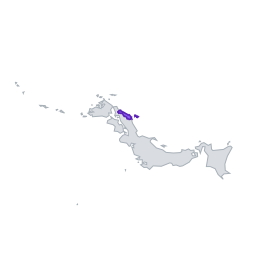 Shimane highlighted on a map of Japan, rotated 72°
{"feature_id": "JPN-1824", "entity_name": "Shimane", "entity_type": "Prefecture", "adm_level": 1, "iso_a3": "JPN", "parent_name": "Japan", "parent_adm1": "", "projection": "natural_earth1", "projection_center": [132.68, 35.321], "detail": "fine", "context": "in_parent", "style": "filled", "palette": "violet", "viewbox_px": 256, "rotation_deg": 72, "n_neighbors": 0, "source": "natural_earth", "source_scale": "10m", "svg_char_len": 6227}
<svg xmlns="http://www.w3.org/2000/svg" viewBox="0 0 256 256"><g transform="rotate(72 128 128)"><path d="M173.1,69.7L176.7,70.6L176.8,76.5L179.4,80.3L180.9,87.8L180.5,90.6L178.1,93.6L177.6,96.8L175.1,97.3L174.1,99.0L174.7,108.1L171.8,115.8L174.1,120.3L171.2,122.2L170.5,125.0L166.9,127.4L166.7,124.0L168.6,121.5L166.7,120.9L165.4,123.0L165.7,125.3L162.6,124.2L161.5,128.1L159.8,130.0L159.5,126.9L160.2,126.4L158.9,125.5L155.2,130.2L147.2,130.3L148.7,128.6L146.4,128.1L145.8,129.0L145.3,126.2L143.4,129.5L145.9,131.6L145.7,132.6L142.0,133.9L139.1,139.3L137.5,139.9L135.8,139.4L133.4,135.4L133.2,132.9L135.4,130.0L130.6,128.7L119.2,132.8L113.3,132.6L112.1,136.8L109.2,135.0L103.3,135.6L104.0,132.0L106.5,131.8L117.7,122.1L125.2,122.2L133.6,120.1L134.7,122.0L138.8,121.3L140.2,119.9L139.9,116.8L144.3,111.3L145.3,105.7L148.6,104.5L145.7,108.0L146.6,110.5L148.2,111.2L155.7,107.2L159.6,101.7L162.9,99.4L165.8,92.6L167.5,86.1L167.0,84.1L165.2,83.5L167.0,80.5L166.6,76.9L168.7,75.4L169.4,72.1L171.1,72.4L172.0,75.6L174.5,75.1L175.3,72.3L172.3,72.9L172.2,71.9L173.1,69.7ZM192.2,47.0L198.3,48.6L202.6,45.2L201.3,50.9L202.9,54.1L206.2,53.3L200.1,56.7L193.6,57.7L190.1,61.7L188.9,65.4L179.1,60.3L173.2,62.4L169.7,60.5L168.7,62.8L174.5,67.1L171.1,67.0L168.5,70.1L166.9,69.9L167.3,66.1L165.3,63.0L165.4,60.3L169.3,57.1L168.9,54.0L174.0,55.1L175.6,54.3L177.9,43.8L176.5,38.0L177.0,35.9L178.8,35.0L185.5,42.2L192.2,47.0ZM105.2,138.9L108.9,138.9L107.7,141.8L110.3,142.0L111.1,145.3L108.6,148.9L106.3,158.3L104.3,158.0L104.5,159.6L101.5,161.7L102.2,155.6L100.6,156.9L100.8,160.3L97.7,158.2L98.9,156.5L98.1,152.2L101.3,147.6L100.3,147.2L100.6,145.7L98.4,142.7L97.6,143.3L98.0,145.5L99.1,145.5L99.1,146.9L97.1,146.2L95.0,148.0L94.4,143.7L96.7,145.5L93.7,142.2L101.9,136.1L103.6,136.6L105.2,138.9ZM125.0,132.4L129.9,133.4L130.6,137.0L128.1,138.9L126.7,142.1L122.7,139.7L120.3,141.1L116.8,146.4L114.6,145.0L114.0,140.4L111.3,141.2L115.7,138.2L117.7,134.6L119.6,136.0L122.4,135.3L122.5,133.3L125.0,132.4ZM83.6,200.1L80.7,202.0L80.3,204.5L79.1,205.0L81.1,199.8L82.4,200.0L83.6,198.1L83.6,200.1ZM157.4,99.7L155.0,101.8L155.1,99.6L156.8,97.5L156.5,99.6L157.4,99.7ZM94.2,183.7L91.8,187.1L90.4,186.1L94.2,183.7ZM97.3,151.0L96.4,150.9L96.8,148.4L97.9,148.3L97.3,151.0ZM132.0,132.9L130.1,132.8L132.5,130.6L131.8,131.9L132.0,132.9ZM101.1,168.3L99.8,168.3L99.4,167.2L101.2,167.2L101.1,168.3ZM93.1,130.7L91.6,132.2L92.9,129.4L93.1,130.7ZM103.5,167.2L102.8,166.7L104.2,163.4L104.2,165.0L103.5,167.2ZM87.1,146.1L88.4,146.3L88.8,147.3L87.3,147.7L87.1,146.1ZM92.1,132.9L91.0,134.2L91.2,132.6L92.1,132.9ZM51.3,221.0L49.8,221.0L49.8,220.7L50.5,219.8L51.3,221.0ZM120.8,116.1L119.9,116.3L119.7,115.3L120.3,114.9L120.8,116.1ZM90.1,145.6L89.5,144.7L90.4,143.1L90.9,144.3L90.1,145.6ZM54.3,218.9L53.9,220.3L53.1,220.4L52.8,219.7L54.3,218.9ZM89.1,190.7L88.4,190.7L88.5,189.2L88.8,189.1L89.1,190.7ZM174.6,38.3L173.5,38.0L173.4,37.6L174.2,37.4L174.6,38.3ZM100.0,148.5L98.8,149.3L98.4,149.0L100.0,148.5ZM163.1,64.5L162.5,63.6L163.4,63.3L163.1,64.5ZM112.6,136.5L113.3,136.2L114.2,136.2L112.6,136.5ZM172.8,35.5L172.7,37.0L172.3,35.4L172.8,35.5ZM93.2,141.7L92.2,142.7L93.7,141.1L93.2,141.7ZM62.8,216.9L61.5,217.0L61.6,215.8L62.0,216.4L62.8,216.9ZM95.2,136.9L94.4,137.7L94.8,136.7L95.2,136.9ZM127.7,130.7L127.1,131.7L126.6,130.9L127.7,130.7ZM91.0,186.7L90.8,187.4L90.6,186.6L91.0,186.7ZM164.0,128.6L163.7,129.4L163.6,128.6L164.0,128.6ZM95.2,155.3L94.5,155.5L95.1,154.9L95.2,155.3ZM115.0,133.9L115.0,134.8L114.4,134.7L115.0,133.9ZM167.5,143.4L166.8,143.5L166.8,143.1L167.5,143.4ZM185.2,199.6L185.3,200.5L184.8,199.5L185.2,199.6Z" fill="#d9dde1" stroke="#a8b0b8" stroke-width="1"/><path d="M108.8,129.5L109.0,129.5L109.3,129.5L109.6,129.4L109.8,129.3L109.9,129.2L110.1,129.1L110.1,128.9L110.3,128.7L110.5,128.5L110.8,128.3L111.1,128.1L111.2,127.8L111.3,127.7L111.5,127.8L111.5,127.6L111.9,127.1L112.0,127.0L112.2,126.8L112.6,126.5L112.8,126.3L113.0,126.3L113.2,126.2L113.3,126.1L113.4,125.8L113.6,125.7L113.8,125.5L113.8,125.4L114.0,125.2L114.4,124.8L114.6,124.6L114.9,124.5L114.9,124.4L115.0,124.3L115.2,124.2L115.5,124.1L115.7,123.9L115.8,123.7L115.9,123.4L115.9,123.2L115.7,123.1L115.6,122.9L115.8,122.7L116.1,122.7L116.3,122.7L116.5,122.6L116.4,122.6L116.2,122.5L116.3,122.5L116.4,122.4L116.6,122.4L116.8,122.3L117.0,122.2L117.6,122.1L117.8,122.1L118.0,122.1L118.0,121.9L118.3,121.9L118.5,121.7L118.8,121.6L118.8,121.4L119.0,121.5L119.3,121.7L119.5,121.6L119.8,121.5L120.1,121.6L120.4,121.6L120.5,121.6L120.4,121.7L120.2,121.8L119.7,122.0L119.8,122.2L119.8,122.3L119.9,122.6L120.0,122.6L120.2,122.8L120.5,122.9L120.5,123.0L120.4,123.1L120.3,123.7L120.3,124.0L120.3,124.3L120.1,124.4L119.5,124.7L119.4,124.8L119.4,125.0L119.3,125.6L119.1,126.0L118.9,126.0L118.6,126.1L118.4,126.1L118.2,125.9L117.9,126.0L117.3,126.0L117.2,126.0L116.8,126.4L116.4,127.0L116.2,127.1L115.9,127.2L115.9,127.3L115.7,127.5L115.8,127.7L115.9,127.8L115.9,128.0L115.3,128.2L115.0,128.4L114.8,128.5L114.7,128.5L114.4,128.5L114.3,128.4L114.2,128.4L114.0,128.5L113.9,128.5L113.7,128.5L113.3,128.6L113.1,128.7L112.9,128.6L112.7,128.7L112.6,128.8L112.2,129.1L112.1,129.3L112.2,129.6L112.0,129.8L111.9,130.0L111.9,130.4L111.8,130.6L111.5,130.8L111.4,131.0L111.4,131.3L111.0,131.8L111.0,132.0L111.1,132.3L110.8,132.4L110.8,132.5L110.7,132.6L110.6,132.8L110.6,132.7L110.4,132.6L110.0,132.8L109.7,132.8L109.5,132.7L109.4,132.7L109.3,132.3L109.3,132.2L109.5,131.9L109.4,131.8L108.9,131.7L108.8,131.4L108.7,131.2L108.7,130.9L108.8,130.8L108.9,130.5L109.0,130.4L108.8,130.0L108.8,129.9L108.8,129.7L108.8,129.5ZM120.8,115.4L120.9,115.6L120.9,116.0L120.7,116.2L120.6,116.3L120.5,116.5L120.4,116.5L120.2,116.4L119.6,116.1L119.6,115.4L119.7,115.2L120.3,114.8L120.3,115.0L120.5,115.0L120.7,115.3L120.8,115.4L120.8,115.4ZM118.7,116.7L118.8,116.7L118.8,116.8L118.7,116.9L118.6,117.1L118.6,117.3L118.4,117.4L118.3,117.2L118.2,117.1L118.1,117.3L118.2,117.5L117.9,117.4L118.0,117.1L118.3,116.9L118.5,116.7L118.6,116.8L118.7,116.7ZM119.1,116.9L119.2,117.1L119.1,117.3L118.9,117.5L118.8,117.4L118.8,117.1L118.9,116.9L119.1,116.9ZM118.3,117.7L118.5,117.7L118.7,117.8L118.8,117.9L118.7,117.9L118.4,117.9L118.3,117.7ZM118.8,116.8L119.0,116.9L118.9,116.9L118.8,116.8Z" fill="#8b5cf6" stroke="#5b21b6" stroke-width="1.5"/></g></svg>